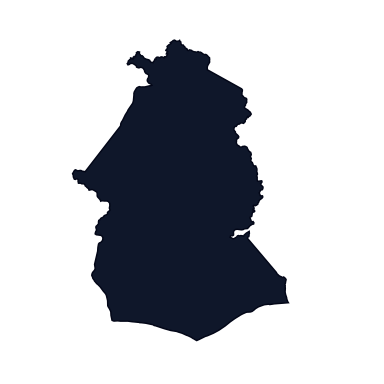 Muaná, Pará, Brazil (Mercator projection), rotated 14°
{"feature_id": "56859067B31226280820399", "entity_name": "Muaná", "entity_type": "district", "adm_level": 2, "iso_a3": "BRA", "parent_name": "Brazil", "parent_adm1": "Pará", "projection": "mercator", "projection_center": [-49.315, -1.315], "detail": "fine", "context": "isolated", "style": "filled", "palette": "ink", "viewbox_px": 384, "rotation_deg": 14, "n_neighbors": 0, "source": "geoboundaries", "source_scale": "gbopen_adm2", "svg_char_len": 5972}
<svg xmlns="http://www.w3.org/2000/svg" viewBox="0 0 384 384"><g transform="rotate(14 192 192)"><path d="M312.3,276.1L311.3,275.1L310.7,274.2L309.9,273.0L309.3,271.5L307.7,269.0L306.5,266.5L305.8,262.8L305.3,261.4L305.1,260.2L304.5,259.4L304.7,258.0L304.5,256.0L304.5,254.3L303.8,253.5L302.5,252.7L301.5,252.3L300.6,253.1L299.3,252.7L297.0,252.3L294.0,250.6L293.4,249.7L257.1,223.6L256.9,222.4L257.9,221.6L257.9,220.5L257.6,219.5L257.7,218.3L257.0,216.4L254.7,218.7L253.0,221.2L252.7,222.4L251.4,222.3L249.8,222.5L248.9,223.1L247.7,223.0L246.7,223.6L246.2,224.9L244.1,227.0L243.0,227.5L241.6,227.0L239.9,226.7L240.0,225.2L242.0,224.6L242.7,223.7L242.4,222.4L242.0,221.3L241.9,220.2L242.4,218.7L243.4,217.8L244.9,217.2L248.5,216.8L249.5,216.6L250.8,216.0L251.8,215.0L254.5,214.1L255.2,213.2L256.3,210.8L258.3,208.7L259.5,208.2L259.5,206.9L258.4,205.9L257.6,206.5L256.3,205.7L255.4,204.2L254.4,203.0L254.7,202.0L255.8,201.3L255.8,199.9L255.6,198.5L255.7,197.0L257.0,196.4L257.5,195.4L256.9,194.6L255.9,195.1L255.2,194.1L256.2,193.0L255.6,191.7L254.7,190.7L255.3,189.8L256.7,190.0L257.8,189.1L258.8,187.8L258.7,186.5L259.2,185.5L259.2,184.3L259.6,183.3L261.4,181.1L261.9,179.7L261.3,178.7L260.3,179.0L259.2,179.0L257.4,176.6L257.7,175.5L258.0,174.0L258.7,173.2L259.7,172.7L259.9,171.4L259.7,170.0L258.6,169.2L257.5,168.7L256.5,167.4L257.1,166.6L257.5,165.3L256.9,164.3L255.5,164.8L254.0,165.5L252.8,165.4L252.2,164.2L251.6,161.6L250.7,161.0L251.0,159.9L251.2,158.8L250.5,157.5L249.8,156.4L249.7,155.0L249.3,153.7L247.5,151.3L246.1,151.7L245.0,151.2L243.4,148.8L242.4,148.4L241.4,147.6L241.4,145.1L240.6,144.2L240.0,143.0L240.5,141.6L240.0,140.4L239.3,139.3L238.2,139.0L237.0,138.3L235.4,136.6L234.6,135.4L233.5,135.0L232.1,134.8L230.0,135.6L229.0,136.6L227.6,136.7L226.6,136.0L224.5,135.4L223.1,133.7L223.0,132.4L222.6,131.3L223.0,129.0L224.0,128.4L224.0,127.1L223.3,126.3L222.2,125.6L220.7,124.8L219.8,124.1L219.5,123.1L218.5,122.4L217.5,121.4L217.3,120.3L217.4,119.1L217.8,118.0L219.0,117.6L219.8,115.5L220.7,114.9L221.7,114.5L222.5,113.2L224.0,112.9L225.5,112.9L225.9,111.9L226.6,110.9L226.3,109.7L226.5,108.7L227.2,107.9L227.6,105.4L228.5,105.9L229.0,104.8L229.8,104.2L230.6,102.1L229.8,101.1L229.0,100.3L227.7,99.8L226.5,99.0L223.3,98.0L222.4,97.2L222.3,96.1L222.9,95.1L222.7,93.9L223.4,91.6L222.9,90.4L222.8,89.1L222.2,88.1L221.2,87.9L219.8,87.8L218.1,86.5L217.0,85.9L216.4,83.3L216.4,81.9L216.2,80.8L215.2,79.9L177.3,69.7L176.6,67.3L176.6,65.7L177.7,61.7L177.2,60.3L177.1,59.2L176.5,57.5L175.4,57.0L174.3,56.2L173.4,55.6L172.1,55.2L171.0,55.7L169.6,55.5L167.3,54.5L166.3,54.3L165.2,54.6L163.9,54.3L162.9,55.3L161.9,55.2L160.6,55.4L158.3,55.3L157.4,54.7L155.2,54.7L154.3,55.6L153.3,55.6L152.7,54.5L151.7,54.1L150.6,53.9L149.8,52.8L148.7,52.3L147.8,51.5L146.8,51.9L145.8,51.2L145.1,50.3L144.9,49.2L143.9,48.8L143.3,47.9L142.6,48.8L140.3,49.6L139.4,49.1L138.1,48.9L137.0,49.7L136.4,50.7L134.8,52.3L135.7,53.0L135.0,53.9L134.0,54.7L132.6,56.8L133.3,57.8L133.3,59.0L132.6,60.0L132.4,61.0L134.5,61.7L133.8,63.2L133.7,64.2L135.0,64.1L134.5,66.1L133.9,67.2L132.6,67.5L132.5,68.6L130.5,68.2L129.2,68.4L128.5,69.5L127.4,69.4L126.3,69.4L125.3,69.7L124.6,70.5L125.0,71.6L123.9,71.9L123.6,73.8L122.9,76.0L121.8,75.8L120.7,76.2L119.7,75.3L119.1,74.5L117.8,74.2L115.4,74.2L113.8,73.9L112.7,73.4L112.0,72.6L110.8,71.9L109.6,72.1L107.3,70.4L107.2,68.9L105.4,69.0L104.4,70.2L105.2,71.2L104.4,71.9L104.5,74.2L103.1,74.4L102.4,75.5L103.1,76.4L102.6,77.4L101.4,76.8L100.1,76.8L100.5,77.9L99.5,78.5L99.1,79.5L98.5,80.3L98.6,82.1L98.1,83.1L99.1,84.1L100.4,83.3L101.0,82.3L102.3,81.8L103.6,81.6L107.3,82.9L108.0,84.2L109.2,84.4L110.5,84.4L111.5,83.6L112.6,83.4L113.8,83.4L115.0,84.0L116.5,85.5L116.9,86.5L117.7,87.4L118.9,88.2L120.0,88.3L121.4,88.8L122.0,89.7L122.0,91.8L121.6,92.8L121.5,94.1L121.8,95.1L123.5,96.7L126.2,97.3L127.3,98.1L126.2,98.9L125.0,99.3L120.8,101.5L116.9,102.5L115.4,102.5L114.3,103.3L113.3,104.2L112.7,105.7L111.8,108.9L111.8,110.4L112.2,111.9L113.1,117.8L113.0,120.2L110.2,127.7L109.9,129.4L108.6,133.4L108.4,134.4L107.3,139.5L106.6,141.4L106.4,142.9L106.7,145.2L83.4,198.2L82.1,198.2L80.8,198.4L79.0,198.0L77.9,198.3L75.9,199.2L74.6,198.8L73.4,198.7L72.7,199.6L71.7,203.2L72.6,204.2L73.3,206.2L74.7,208.0L75.8,208.0L76.7,207.2L77.8,207.1L79.0,207.8L78.7,208.8L79.7,210.9L81.9,210.4L83.0,210.7L85.4,210.2L86.4,210.9L86.8,211.8L88.0,212.3L89.0,213.0L90.8,213.8L91.7,215.1L94.3,213.8L95.6,213.8L99.7,215.1L100.4,216.5L101.0,218.8L101.6,219.6L104.6,221.6L105.7,223.0L106.5,222.3L109.2,221.9L111.8,221.3L112.9,221.4L114.0,222.1L114.9,222.9L115.7,225.5L115.6,226.6L115.8,227.8L116.5,228.7L116.8,229.8L115.4,231.4L115.0,232.4L115.4,233.7L114.6,234.8L113.4,235.5L112.5,236.3L112.1,237.7L110.0,239.5L109.2,241.4L108.4,242.1L108.5,243.7L109.0,245.4L108.1,247.3L107.2,248.6L107.4,249.9L108.2,251.1L108.6,252.5L108.2,253.5L108.1,255.1L108.2,256.1L109.5,256.6L114.0,256.1L115.3,256.5L116.7,258.0L116.9,260.3L116.6,261.4L116.1,262.4L115.4,263.2L114.4,263.9L113.9,265.1L114.1,268.3L114.8,272.3L115.0,285.8L116.3,288.9L116.6,290.1L116.4,291.2L115.9,292.4L115.4,293.3L114.9,294.7L114.8,296.0L115.0,297.3L116.2,298.8L116.8,299.9L118.2,301.0L118.9,301.9L121.8,304.0L123.0,304.5L125.8,306.2L130.0,309.7L131.9,311.0L133.1,312.0L133.7,312.7L134.3,313.7L136.4,317.8L137.8,322.8L138.8,324.0L140.0,325.1L141.6,327.0L142.3,328.1L143.3,331.4L145.5,335.9L147.5,336.1L150.9,335.0L153.8,334.6L160.9,332.8L164.8,332.4L172.0,331.3L173.1,331.4L174.2,331.1L178.7,330.5L186.3,330.2L187.6,330.7L188.8,330.6L198.3,331.3L204.9,331.5L210.6,331.0L213.0,331.2L216.6,331.4L221.4,332.3L222.9,332.4L226.3,333.1L228.5,333.9L229.6,334.1L230.7,334.5L232.5,335.0L234.5,333.4L239.8,328.9L241.8,327.7L246.9,323.8L251.6,319.5L256.5,314.0L260.5,308.7L264.1,304.5L268.8,299.6L270.6,298.0L273.4,295.8L274.5,295.2L276.0,294.8L277.8,294.2L279.2,293.3L280.7,291.5L281.9,289.7L284.3,287.3L289.2,284.0L290.1,283.6L293.5,282.3L294.6,282.4L298.9,280.6L312.3,276.1Z" fill="#0f172a" stroke="#020617" stroke-width="1.5"/></g></svg>